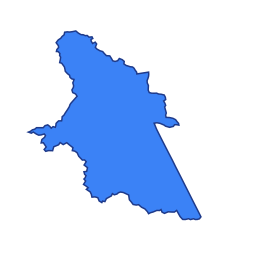 the district of Barão do Triunfo, Rio Grande do Sul, Brazil, rotated 286°
{"feature_id": "56859067B82234756423310", "entity_name": "Barão do Triunfo", "entity_type": "district", "adm_level": 2, "iso_a3": "BRA", "parent_name": "Brazil", "parent_adm1": "Rio Grande do Sul", "projection": "orthographic", "projection_center": [-51.79, -30.431], "detail": "fine", "context": "isolated", "style": "filled", "palette": "blue", "viewbox_px": 256, "rotation_deg": 286, "n_neighbors": 0, "source": "geoboundaries", "source_scale": "gbopen_adm2", "svg_char_len": 2854}
<svg xmlns="http://www.w3.org/2000/svg" viewBox="0 0 256 256"><g transform="rotate(286 128 128)"><path d="M96.6,33.4L96.4,36.5L98.0,38.1L96.9,41.6L96.5,44.1L97.4,46.4L99.2,49.2L98.1,50.7L96.1,50.4L93.2,48.4L89.7,48.6L90.5,50.7L87.2,54.6L84.2,53.3L82.9,55.3L84.4,57.9L85.4,61.8L89.5,61.8L92.7,65.9L95.3,66.8L94.2,70.3L97.0,73.2L95.9,75.6L93.9,80.5L90.9,80.7L91.1,83.2L90.2,85.9L87.2,88.5L84.6,92.9L85.3,95.1L84.1,97.1L80.3,96.0L78.7,100.0L74.9,100.2L73.8,97.7L71.5,99.1L70.7,100.7L68.5,100.6L66.8,99.7L65.4,101.9L61.5,100.8L60.8,103.2L59.6,106.2L57.5,104.9L56.2,109.2L54.2,111.0L51.6,112.4L52.7,115.3L52.7,118.2L49.9,120.4L49.1,123.4L50.7,123.7L50.9,126.1L54.2,126.7L58.1,130.7L60.6,131.1L60.0,133.2L61.5,135.6L63.2,136.7L64.4,138.5L64.7,141.3L63.8,147.1L59.4,149.1L57.9,151.4L55.9,154.0L56.2,157.1L57.2,159.3L55.6,162.8L54.9,166.5L52.9,169.8L51.3,171.4L52.8,173.0L54.2,175.3L56.7,178.4L57.4,181.1L58.7,182.2L56.5,183.9L56.0,186.6L58.5,189.7L59.3,193.3L60.0,195.8L62.2,197.5L57.2,202.5L55.2,205.7L55.8,208.2L57.5,211.3L57.2,213.3L58.8,216.0L58.6,217.9L59.2,219.8L60.4,221.7L62.7,222.6L66.3,219.3L76.5,209.8L94.9,192.8L104.0,184.3L109.3,179.5L115.0,174.1L127.4,162.5L134.6,155.9L139.8,151.8L141.0,154.3L141.3,157.6L140.8,161.7L140.1,163.6L140.1,167.8L142.0,171.1L144.0,171.9L144.6,173.9L144.8,176.1L146.4,175.3L147.7,173.3L149.1,171.5L149.7,168.6L149.5,165.1L148.7,161.7L150.8,160.6L152.9,160.7L154.6,159.7L156.4,158.6L158.4,157.4L160.1,158.0L162.0,156.6L163.8,154.8L165.7,156.4L167.9,155.4L169.7,153.7L169.6,150.6L169.1,148.1L169.4,145.9L168.8,144.1L168.0,141.3L167.9,138.7L169.9,137.0L172.8,136.3L174.5,135.9L176.6,134.1L178.7,133.3L181.0,133.5L183.4,133.5L185.5,133.1L187.4,132.4L182.4,121.6L184.1,120.9L185.7,118.8L187.1,117.4L187.9,115.6L187.5,113.1L187.6,111.0L187.6,108.9L188.5,106.4L191.0,106.0L192.1,103.6L192.4,100.5L189.8,99.5L188.4,97.2L188.4,94.8L190.3,92.9L192.3,90.6L191.6,87.3L193.0,84.8L194.5,82.6L194.5,79.8L195.3,76.4L196.5,74.4L198.3,74.5L200.1,74.7L201.5,72.8L199.5,70.7L201.3,68.7L203.0,68.0L204.3,69.5L205.7,68.3L204.6,65.5L205.7,63.3L205.0,61.5L205.3,59.2L204.8,57.2L205.5,54.2L206.9,51.1L205.3,48.0L204.1,45.3L203.7,43.1L202.6,40.7L200.0,40.9L197.8,39.4L195.7,38.6L193.5,36.7L191.8,36.0L190.2,35.4L187.9,38.4L186.3,39.1L183.8,38.0L181.8,38.1L182.2,39.9L180.8,42.0L179.0,42.2L177.5,43.7L174.9,44.1L172.0,44.3L172.0,46.4L169.2,50.0L166.9,51.3L165.2,52.1L163.5,54.9L162.6,57.3L160.7,58.3L159.7,60.3L159.8,62.7L157.9,62.7L156.2,62.5L153.8,64.0L152.1,64.3L149.1,63.6L146.8,65.1L146.3,68.2L144.5,70.3L136.1,66.3L134.5,65.8L132.3,65.7L128.7,64.7L125.4,63.6L122.7,62.9L120.7,61.6L118.3,62.1L116.6,62.2L115.7,59.3L114.2,58.4L112.6,57.6L110.3,58.0L108.6,57.9L108.7,55.6L106.7,54.2L108.0,52.3L108.9,50.0L107.4,47.6L104.9,46.4L103.1,40.0L101.1,38.6L99.9,36.6L98.0,35.2L96.6,33.4Z" fill="#3b82f6" stroke="#1e3a8a" stroke-width="1.5"/></g></svg>